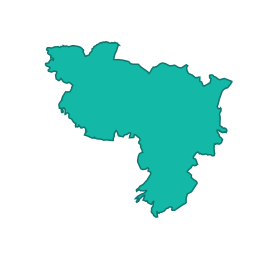 outline of Manono, Katanga, Democratic Republic of the Congo, rotated 13°
{"feature_id": "63176286B74212537268608", "entity_name": "Manono", "entity_type": "district", "adm_level": 2, "iso_a3": "COD", "parent_name": "Democratic Republic of the Congo", "parent_adm1": "Katanga", "projection": "natural_earth1", "projection_center": [27.399, -7.421], "detail": "fine", "context": "isolated", "style": "filled", "palette": "teal", "viewbox_px": 256, "rotation_deg": 13, "n_neighbors": 0, "source": "geoboundaries", "source_scale": "gbopen_adm2", "svg_char_len": 5783}
<svg xmlns="http://www.w3.org/2000/svg" viewBox="0 0 256 256"><g transform="rotate(13 128 128)"><path d="M31.4,68.0L31.0,69.6L31.3,70.3L32.8,70.5L33.0,71.3L32.8,72.6L33.2,73.5L34.8,74.2L36.5,74.6L36.9,76.7L37.6,76.6L38.5,77.0L39.0,76.8L39.9,77.1L40.0,78.7L37.2,78.4L37.2,79.1L36.2,81.0L36.3,81.9L35.9,82.6L33.7,83.3L33.2,84.0L33.4,84.7L34.2,85.7L38.2,86.5L38.5,86.9L38.2,88.1L37.2,89.5L37.7,90.5L41.1,90.7L42.9,89.2L45.8,89.1L46.0,89.8L46.0,91.2L45.5,92.7L47.0,96.3L49.5,97.3L50.1,97.3L50.7,96.8L51.5,94.8L52.6,95.5L54.3,97.3L56.0,97.9L58.6,98.0L59.5,97.4L59.9,96.8L61.0,96.9L64.6,98.8L64.0,101.1L64.3,102.1L63.4,105.5L62.6,106.1L59.1,106.8L57.2,112.2L57.4,112.7L57.1,113.5L57.0,115.1L57.3,115.1L57.4,115.5L56.6,116.8L55.3,120.4L56.7,124.2L58.3,123.8L59.8,127.7L61.0,127.6L61.3,126.9L60.1,124.2L60.1,123.3L61.0,122.8L62.1,123.6L62.9,125.0L63.6,128.9L64.2,128.7L64.5,127.6L65.3,126.9L66.3,127.0L67.1,127.5L67.5,128.1L67.8,130.4L68.4,131.4L71.0,131.9L73.5,134.4L74.1,134.5L74.7,135.1L76.2,135.3L76.2,137.6L76.9,138.7L77.6,138.2L78.4,138.4L79.0,138.1L79.7,137.1L79.4,136.6L79.5,136.3L82.1,138.5L83.3,138.2L84.1,137.3L84.9,137.1L86.2,137.6L87.2,138.6L87.4,140.6L88.4,140.6L88.2,141.6L87.6,142.3L87.2,144.6L90.0,144.8L95.4,145.9L96.5,145.4L97.4,145.5L97.5,144.6L98.5,145.2L100.4,145.5L104.4,144.9L106.8,145.3L110.4,144.3L115.7,143.7L116.4,143.4L116.0,141.8L116.4,139.2L115.9,137.0L116.6,134.0L117.0,133.3L117.2,133.7L118.5,134.2L119.4,136.1L120.1,136.6L120.2,137.3L120.6,137.8L125.4,137.6L125.6,136.8L126.4,135.4L128.4,134.5L130.0,132.7L131.4,132.2L131.8,132.7L131.9,133.5L131.5,135.5L131.6,137.2L135.5,136.0L135.8,135.5L135.6,133.2L136.4,132.9L137.6,133.2L139.3,134.3L140.9,134.8L141.6,135.4L142.4,136.6L142.4,137.2L141.6,139.3L142.1,140.5L143.7,141.2L144.3,142.1L144.6,143.8L146.9,146.7L147.3,148.0L147.8,148.4L145.5,149.9L144.8,150.9L144.5,153.5L144.7,157.6L145.4,159.3L149.1,164.1L149.9,164.9L152.0,165.1L154.8,163.9L155.9,162.3L157.2,162.8L157.2,165.4L160.0,165.9L160.3,167.3L160.4,168.6L159.5,170.4L159.5,171.5L158.9,172.4L158.6,173.9L155.3,179.9L154.9,180.1L152.8,182.0L151.7,184.6L150.2,186.0L150.2,187.0L150.7,187.7L151.4,186.7L152.8,185.6L154.4,186.3L154.6,186.1L156.7,185.9L159.9,184.8L160.3,185.0L159.2,186.8L158.0,188.2L156.1,189.3L153.2,192.0L151.8,193.9L151.1,195.2L152.1,195.0L152.9,194.1L153.7,194.0L153.9,194.6L152.7,197.9L153.2,198.4L154.8,196.9L155.5,194.2L156.7,192.7L157.1,191.8L157.9,191.1L158.5,190.1L159.5,189.8L159.2,193.5L158.9,194.0L159.0,195.0L160.2,194.9L161.8,195.4L162.8,195.1L162.9,194.7L163.5,195.0L163.9,196.2L167.8,197.2L168.6,195.9L168.6,194.7L169.3,193.6L169.6,193.6L169.8,194.0L169.5,194.8L169.6,196.9L170.0,197.7L169.6,199.7L169.0,200.7L169.6,203.3L169.5,204.4L169.9,204.6L170.3,205.3L171.0,205.5L172.0,206.4L172.7,207.5L175.0,208.5L175.5,208.5L176.8,207.9L175.0,203.3L175.2,203.0L176.5,203.9L177.4,204.2L178.2,202.8L179.8,202.4L181.9,200.8L183.6,197.7L184.8,197.3L186.0,195.7L186.8,195.3L188.9,195.6L189.0,197.9L189.6,198.1L191.8,197.8L199.2,189.9L200.9,188.6L201.4,187.5L200.4,183.2L200.7,178.9L204.2,175.8L207.4,167.4L207.7,166.2L207.4,165.4L205.9,164.2L203.6,163.6L200.8,161.9L200.4,159.6L197.1,157.8L195.8,157.7L195.5,156.8L196.4,155.1L198.4,152.4L199.1,150.2L199.5,149.6L201.5,149.7L202.9,149.0L203.3,148.1L203.9,147.8L201.0,143.2L198.5,142.8L198.3,141.9L198.4,141.0L200.2,136.6L201.2,135.9L202.1,135.8L203.4,137.1L204.5,136.5L205.4,137.1L207.1,137.0L209.5,135.9L210.4,135.8L211.8,136.3L213.1,135.7L215.1,135.4L216.0,136.1L217.5,135.8L218.2,135.4L218.2,133.3L217.4,131.8L216.7,129.3L216.3,128.7L216.2,126.9L215.9,126.5L215.8,123.9L217.0,124.1L217.4,123.4L217.8,123.5L218.5,122.8L219.1,123.3L219.9,123.3L220.6,123.1L221.4,122.3L221.6,122.3L222.3,121.1L222.7,118.0L220.8,116.5L219.1,115.8L218.3,114.1L215.6,111.2L215.4,109.8L215.9,109.6L216.5,110.0L217.3,110.0L217.8,109.7L218.0,109.9L217.7,110.4L219.0,110.8L219.6,110.7L219.9,111.1L221.3,111.2L222.1,110.7L222.8,110.6L222.9,110.0L223.2,109.9L223.5,110.3L223.9,110.1L224.5,110.4L225.0,108.6L224.2,107.1L223.2,106.5L222.1,106.3L221.2,106.8L220.6,106.7L219.9,106.0L218.5,105.7L216.9,104.8L215.4,96.9L214.0,93.9L214.1,92.2L214.7,91.1L214.4,88.3L213.6,87.6L213.4,88.4L212.7,88.8L211.3,88.6L210.1,87.0L210.4,84.4L210.5,79.2L211.4,71.1L212.4,69.2L213.8,67.5L216.0,66.4L218.0,62.1L218.8,60.1L218.7,59.2L210.7,58.1L206.4,60.4L204.1,59.8L202.3,58.8L199.6,58.3L199.0,57.6L198.2,57.4L196.1,57.9L195.7,58.3L195.7,58.9L196.4,60.9L197.2,60.9L197.6,61.1L197.8,61.6L197.9,65.2L194.8,68.3L192.4,70.2L191.7,70.0L189.6,66.9L188.8,66.4L187.3,66.1L186.6,62.3L185.5,62.5L184.0,63.4L182.2,63.8L178.7,62.0L175.3,61.4L174.4,61.0L173.3,59.7L171.9,57.4L171.5,55.7L172.2,53.9L170.5,53.3L167.1,56.9L166.0,57.5L164.9,57.7L162.9,57.5L160.1,56.5L158.9,56.4L156.9,57.4L154.4,58.0L149.9,56.9L147.3,56.9L146.1,57.3L144.5,58.6L142.3,61.6L140.1,62.9L138.9,63.0L138.8,63.7L138.0,65.0L137.0,68.7L136.2,70.2L134.6,68.8L126.5,65.5L123.7,63.6L118.2,64.8L115.6,64.6L114.4,63.5L113.3,63.1L108.3,63.1L103.3,63.5L101.8,64.0L98.5,64.5L98.6,58.5L99.4,55.4L99.5,52.5L99.8,50.7L99.5,49.2L100.6,49.2L100.2,48.9L99.2,48.9L98.8,47.8L97.5,47.9L95.9,47.5L95.7,47.6L95.7,48.2L94.8,48.3L94.5,48.7L94.0,48.4L93.3,48.7L92.9,48.5L91.7,49.4L90.5,49.5L89.5,48.9L88.5,49.0L88.4,49.2L87.7,48.9L86.7,49.1L86.0,49.9L85.1,49.7L83.9,50.2L83.4,51.2L82.5,50.8L81.0,52.0L80.2,53.1L78.7,54.1L78.6,54.7L76.7,56.2L76.1,58.3L75.2,59.0L75.7,60.9L75.0,61.8L74.4,63.2L74.0,63.4L73.8,65.2L73.0,66.1L70.9,67.3L70.8,67.7L69.9,67.6L69.8,67.2L67.0,63.7L67.3,62.5L66.7,61.8L66.1,61.7L65.6,61.1L63.8,60.1L61.5,59.8L56.9,60.0L55.2,60.4L52.0,62.2L49.4,61.9L48.6,62.6L48.0,62.6L46.5,62.3L46.7,62.8L46.6,63.0L46.1,62.9L44.9,63.7L44.3,63.7L43.8,64.7L43.3,64.9L41.5,64.4L39.6,65.2L38.6,65.3L35.5,67.4L33.4,67.4L31.4,68.0Z" fill="#14b8a6" stroke="#0f766e" stroke-width="1.5"/></g></svg>